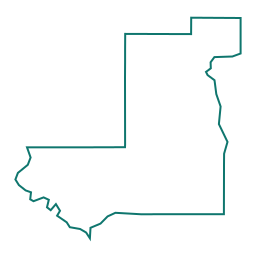 Muskogee, Oklahoma, United States of America (orthographic projection), rotated 90°
{"feature_id": "52423323B58329438653924", "entity_name": "Muskogee", "entity_type": "district", "adm_level": 2, "iso_a3": "USA", "parent_name": "United States of America", "parent_adm1": "Oklahoma", "projection": "orthographic", "projection_center": [-95.338, 35.56], "detail": "fine", "context": "isolated", "style": "outline", "palette": "teal", "viewbox_px": 256, "rotation_deg": 90, "n_neighbors": 0, "source": "geoboundaries", "source_scale": "gbopen_adm2", "svg_char_len": 820}
<svg xmlns="http://www.w3.org/2000/svg" viewBox="0 0 256 256"><g transform="rotate(90 128 128)"><path d="M33.9,130.8L49.6,130.9L61.1,130.9L77.6,131.0L144.5,130.9L147.2,131.0L147.3,162.8L147.3,229.0L157.5,225.4L164.8,228.2L172.9,238.1L179.5,240.6L185.1,237.1L190.4,230.4L192.3,225.0L199.3,225.8L201.2,222.5L197.4,212.4L199.8,207.2L207.3,209.0L210.2,205.3L204.1,200.1L210.8,196.0L215.7,198.9L222.3,189.3L227.2,186.2L229.0,175.9L232.5,169.9L238.3,166.1L227.8,165.5L223.6,155.5L216.4,148.4L212.8,140.6L214.3,114.3L214.2,98.0L214.2,38.5L214.2,37.5L214.2,32.1L171.6,32.0L165.0,32.0L153.7,31.9L141.9,28.5L124.1,37.1L106.5,35.4L94.1,39.7L82.4,41.2L80.2,41.5L75.1,48.4L71.9,50.0L68.3,45.2L62.3,45.4L57.1,41.6L56.5,23.6L53.5,15.4L18.0,15.4L17.7,64.8L34.1,64.9L33.9,130.8Z" fill="none" stroke="#0f766e" stroke-width="2"/></g></svg>